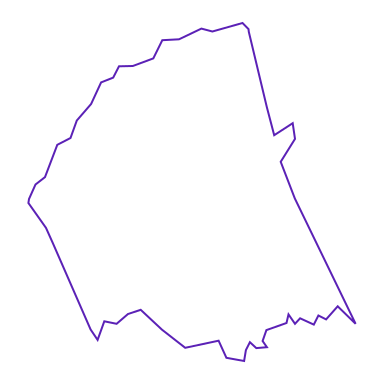 outline of Wilkes, Georgia, United States of America
{"feature_id": "52423323B5561424774861", "entity_name": "Wilkes", "entity_type": "district", "adm_level": 2, "iso_a3": "USA", "parent_name": "United States of America", "parent_adm1": "Georgia", "projection": "equal_earth", "projection_center": [-82.73, 33.794], "detail": "fine", "context": "isolated", "style": "outline", "palette": "violet", "viewbox_px": 384, "rotation_deg": 0, "n_neighbors": 0, "source": "geoboundaries", "source_scale": "gbopen_adm2", "svg_char_len": 763}
<svg xmlns="http://www.w3.org/2000/svg" viewBox="0 0 384 384"><path d="M226.4,357.8L244.1,361.0L245.9,350.1L249.9,342.2L256.3,348.1L266.9,347.2L262.6,341.0L266.4,330.1L286.5,323.0L288.5,314.4L295.0,323.8L300.1,318.3L313.8,324.6L318.4,315.5L326.1,319.4L337.7,306.3L355.6,323.8L294.8,198.4L280.7,161.8L295.0,138.9L292.7,123.2L274.2,135.2L266.8,107.0L248.8,31.8L248.5,29.1L242.5,23.0L212.4,31.5L201.4,28.6L179.0,39.3L162.3,40.2L153.3,58.4L132.8,66.0L119.0,66.3L113.2,77.6L101.1,82.4L91.1,104.0L76.8,120.5L70.5,138.0L57.3,144.8L45.0,177.1L35.5,184.5L29.0,199.0L28.4,203.0L46.0,227.9L53.0,243.5L90.6,329.5L97.6,339.9L104.3,321.3L116.6,323.8L128.0,314.0L140.7,309.8L162.0,329.7L185.2,347.8L218.6,340.7L226.4,357.8Z" fill="none" stroke="#5b21b6" stroke-width="2"/></svg>